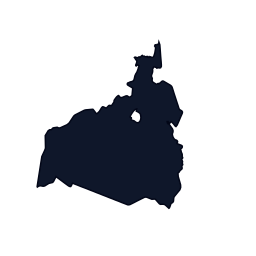 SVG path tracing the border of Tillabéri, rotated 204°
{"feature_id": "NER-4859", "entity_name": "Tillabéri", "entity_type": "Department", "adm_level": 1, "iso_a3": "NER", "parent_name": "Niger", "parent_adm1": "", "projection": "equal_earth", "projection_center": [2.123, 13.809], "detail": "fine", "context": "isolated", "style": "filled", "palette": "ink", "viewbox_px": 256, "rotation_deg": 204, "n_neighbors": 0, "source": "natural_earth", "source_scale": "10m", "svg_char_len": 5603}
<svg xmlns="http://www.w3.org/2000/svg" viewBox="0 0 256 256"><g transform="rotate(204 128 128)"><path d="M150.8,195.0L150.4,195.7L149.5,195.8L149.1,195.9L148.4,195.8L148.1,195.9L147.7,196.3L147.1,197.2L146.8,197.5L146.4,197.6L146.1,197.3L145.7,197.5L145.5,197.8L145.4,198.1L145.3,198.5L145.2,198.9L144.7,199.9L144.4,200.2L143.1,199.7L142.9,199.8L142.4,200.2L142.2,200.3L141.8,200.1L141.6,200.0L140.4,200.5L140.2,200.6L139.9,201.0L139.7,201.2L139.4,201.2L139.2,200.8L139.1,200.6L138.7,200.6L138.4,200.6L138.1,200.7L138.0,201.3L137.8,201.8L137.6,201.7L137.4,201.4L137.1,201.3L136.9,201.5L136.6,202.1L136.1,202.2L135.3,202.2L134.8,202.3L133.9,202.8L133.6,203.6L133.7,204.7L134.0,207.4L135.2,211.9L135.4,212.3L135.7,212.7L136.0,213.1L136.4,213.4L136.7,213.5L137.0,213.7L137.0,214.3L137.0,215.1L136.8,215.2L136.4,215.0L136.0,215.0L135.8,215.4L135.5,216.1L135.3,216.4L135.0,216.5L134.6,216.5L134.3,216.6L134.1,217.2L134.2,217.7L134.6,218.6L134.7,219.0L132.8,217.0L130.0,211.8L127.5,207.1L124.8,202.2L123.3,199.4L122.6,197.8L122.7,196.4L123.3,195.8L125.3,195.2L125.5,195.1L125.7,194.6L126.0,194.4L126.1,194.5L126.4,194.7L126.6,194.8L128.7,194.5L129.3,194.3L129.5,193.8L129.4,192.8L129.4,192.5L129.5,192.0L129.5,191.8L129.4,191.5L129.0,190.8L128.8,190.5L128.5,189.7L128.3,189.1L128.0,186.2L127.9,185.6L127.7,185.0L127.3,184.4L126.7,183.9L126.3,183.5L125.9,183.0L125.8,182.8L125.6,181.8L124.7,180.4L123.3,179.9L119.8,179.5L119.5,179.7L118.9,180.6L118.5,181.0L118.2,180.9L118.0,180.7L117.7,180.8L117.5,181.0L117.3,181.7L116.7,182.9L116.3,183.8L115.9,184.6L115.3,185.1L114.6,185.2L110.1,184.7L106.5,184.3L105.3,183.9L104.3,183.2L101.9,180.5L100.0,178.3L97.1,175.1L96.2,174.1L93.5,171.1L91.4,168.8L89.4,166.5L88.3,165.8L85.8,165.5L84.8,164.8L84.5,164.0L84.4,163.1L84.4,162.3L84.4,159.2L84.3,154.7L84.3,150.7L84.8,148.8L85.6,148.9L88.4,150.4L90.3,151.1L91.1,151.5L91.3,151.4L91.7,149.8L91.8,149.2L92.0,149.0L92.7,149.2L93.3,149.9L93.9,150.3L94.9,149.8L94.2,148.8L93.7,148.3L93.1,148.1L91.6,147.9L91.0,147.6L87.1,145.3L85.9,144.1L85.3,142.7L85.1,140.5L83.7,138.5L81.8,137.0L80.1,136.4L78.8,136.6L78.2,136.5L77.5,136.1L77.0,135.5L77.0,135.2L77.2,134.8L77.1,134.6L77.1,134.2L77.0,133.8L76.7,133.7L72.0,133.9L71.0,133.5L70.6,132.3L70.7,131.6L71.1,130.6L71.3,129.7L71.0,129.3L70.4,128.9L70.0,128.4L69.6,127.7L68.4,126.7L67.9,126.1L67.7,125.8L67.4,125.3L67.1,124.4L66.9,124.0L66.1,123.3L65.9,123.0L65.9,122.5L66.2,121.6L66.2,121.2L65.8,120.7L65.2,120.2L64.6,119.7L64.3,118.9L64.3,118.0L63.9,117.6L63.4,117.3L63.1,116.8L63.1,116.4L63.4,115.7L63.5,115.3L63.3,114.9L63.1,114.7L62.9,114.5L62.7,114.1L62.2,113.3L62.1,112.7L62.2,112.2L63.1,110.4L63.2,109.9L63.4,108.4L63.6,108.0L63.9,107.4L63.9,107.0L63.8,106.7L62.4,104.1L57.3,98.0L56.8,97.4L55.7,95.1L55.5,92.7L57.9,83.9L57.7,82.5L56.7,79.7L56.8,78.4L57.2,77.6L57.7,77.1L58.0,76.5L57.9,75.4L57.7,73.0L57.7,71.8L58.0,71.3L62.7,72.9L63.9,72.9L65.0,72.6L67.3,71.5L68.4,71.5L73.9,74.0L74.4,74.0L75.3,73.7L76.3,73.1L77.4,72.6L82.8,72.4L83.7,72.1L84.6,71.6L87.6,68.0L89.9,65.2L92.7,61.7L95.1,58.8L96.1,58.1L97.2,57.7L99.8,57.6L103.3,57.4L106.7,57.3L110.1,57.1L113.5,57.0L116.9,56.8L120.3,56.7L123.7,56.5L127.1,56.4L130.5,56.2L133.9,56.1L137.3,55.9L140.7,55.8L144.2,55.6L147.6,55.4L151.0,55.3L154.4,55.1L156.1,55.1L156.3,54.4L156.3,52.7L156.4,51.8L156.5,51.3L156.7,51.1L157.3,50.9L158.7,50.9L162.9,51.8L169.5,53.3L173.2,54.1L173.4,54.2L174.0,54.4L174.3,48.9L174.7,47.6L177.8,45.2L180.5,41.2L181.8,40.3L184.6,39.6L185.9,38.6L186.8,37.2L187.2,37.6L195.1,66.9L195.0,73.5L195.1,75.6L195.4,76.5L200.5,87.4L199.8,93.1L198.8,94.6L197.8,95.0L197.5,95.2L197.2,95.6L196.8,97.1L196.4,97.6L195.8,98.1L193.1,99.8L192.8,99.9L191.8,99.8L191.3,99.9L191.0,100.0L190.4,100.3L190.0,100.6L185.1,106.1L184.1,108.0L183.9,108.5L183.7,109.2L182.5,116.4L182.2,117.4L181.6,118.5L175.1,126.5L173.9,127.4L168.0,130.7L167.6,130.8L167.1,130.6L163.4,128.6L162.8,128.3L162.4,128.3L162.0,128.8L161.4,130.3L160.9,131.6L160.4,135.6L160.2,136.3L159.9,137.0L159.4,137.2L158.8,137.3L156.4,137.3L156.1,137.4L155.8,137.6L155.6,138.2L154.8,140.4L154.5,140.9L154.0,141.2L152.9,141.5L152.2,141.7L152.1,142.0L151.9,143.2L151.7,144.3L151.5,145.3L151.4,145.9L151.5,146.1L151.5,146.4L151.8,147.3L151.9,147.5L151.9,147.8L151.5,150.0L151.0,151.9L150.3,153.3L150.1,153.6L149.9,153.8L149.6,153.8L149.4,153.7L149.1,153.5L148.6,153.2L148.4,153.1L147.6,152.9L147.2,152.9L146.0,153.3L142.9,156.5L142.7,156.6L142.3,156.8L142.0,157.0L141.7,157.0L141.3,157.0L140.9,156.9L140.1,156.7L139.9,156.6L139.6,156.7L139.3,156.8L138.9,157.1L138.5,157.5L138.1,158.2L137.8,158.6L137.7,159.0L137.6,159.3L137.6,159.5L137.7,159.8L139.9,166.3L140.0,166.4L145.5,167.1L146.1,167.3L146.5,167.7L146.7,168.5L146.6,168.9L146.5,169.1L145.9,169.6L144.7,171.0L143.7,171.7L143.2,172.2L142.7,172.8L142.4,173.1L142.3,173.4L142.2,173.7L142.2,174.3L142.2,174.9L142.3,175.5L142.9,178.5L142.9,179.1L142.9,179.7L142.9,180.6L142.7,181.7L142.6,183.0L142.8,186.2L143.0,187.1L143.1,187.7L143.1,189.0L143.2,189.5L144.7,189.5L144.9,189.7L145.1,189.7L145.2,189.3L145.2,189.0L145.3,188.7L145.5,188.3L145.6,188.1L146.0,188.0L146.3,188.2L146.5,188.6L146.6,189.3L146.6,190.5L146.8,191.8L147.2,192.9L148.0,193.4L148.7,193.6L150.0,194.6L150.8,195.0ZM125.1,137.0L123.4,136.5L122.0,136.5L120.7,137.1L120.0,138.3L119.8,139.4L119.9,141.1L120.5,142.9L121.4,144.4L122.4,145.8L123.6,146.4L124.9,146.6L126.1,146.8L127.2,146.7L127.4,147.3L127.6,148.1L127.8,148.9L128.6,148.2L129.2,147.6L129.9,145.7L130.3,143.7L130.6,141.7L130.7,140.3L130.6,139.0L130.0,138.6L129.2,138.8L128.8,138.3L128.9,136.9L128.6,136.7L127.0,136.9L125.1,137.0Z" fill="#0f172a" stroke="#020617" stroke-width="1.5"/></g></svg>